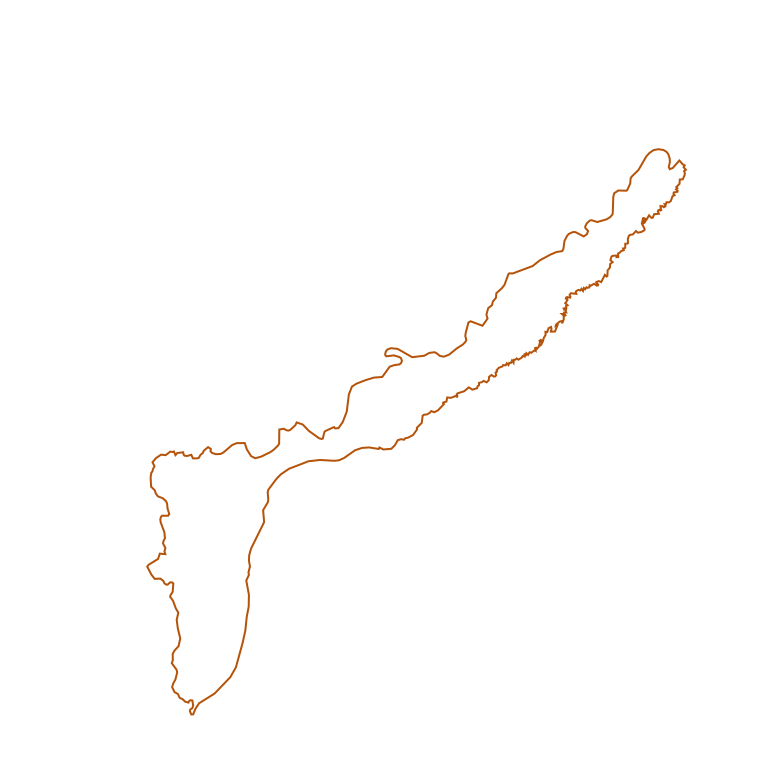 the district of Las Golondrinas, Esmeraldas, Ecuador, rotated 136°
{"feature_id": "8360857B1829680752404", "entity_name": "Las Golondrinas", "entity_type": "district", "adm_level": 2, "iso_a3": "ECU", "parent_name": "Ecuador", "parent_adm1": "Esmeraldas", "projection": "albers", "projection_center": [-79.126, 0.309], "detail": "fine", "context": "isolated", "style": "outline", "palette": "amber", "viewbox_px": 768, "rotation_deg": 136, "n_neighbors": 0, "source": "geoboundaries", "source_scale": "gbopen_adm2", "svg_char_len": 6092}
<svg xmlns="http://www.w3.org/2000/svg" viewBox="0 0 768 768"><g transform="rotate(136 384 384)"><path d="M613.0,481.8L616.5,479.2L622.9,471.9L622.7,466.8L624.2,463.8L624.7,460.3L622.5,455.5L622.2,451.2L623.0,448.8L626.2,444.8L628.8,439.6L630.8,439.2L635.1,443.4L636.5,443.4L638.9,442.1L640.7,439.7L645.0,429.9L648.7,425.2L651.6,424.3L653.7,422.8L655.2,417.8L658.1,416.2L659.5,413.5L663.1,417.7L668.1,415.1L678.9,417.5L681.2,417.1L683.7,408.6L684.3,403.1L680.1,399.4L679.5,395.8L680.4,393.1L680.0,390.9L679.0,390.0L675.7,389.9L674.2,388.3L674.1,386.9L680.4,381.3L684.5,380.3L685.7,379.4L686.3,374.7L689.7,367.0L690.8,362.4L697.0,358.3L702.3,351.1L707.3,342.5L713.9,338.1L719.8,337.8L723.5,336.6L727.8,332.0L730.6,330.6L731.7,322.6L733.1,320.2L739.4,316.3L743.9,314.9L747.0,313.1L748.7,307.9L747.6,304.2L749.0,300.2L747.8,297.2L747.7,293.6L746.0,290.7L745.0,291.3L742.9,291.0L741.7,289.4L744.7,285.2L747.1,284.0L749.5,284.4L750.8,283.7L752.2,280.2L750.7,278.9L745.4,281.3L738.8,282.8L720.8,279.0L698.1,279.9L687.3,283.1L666.0,295.7L655.1,302.9L644.3,312.0L636.0,317.8L627.6,326.2L619.6,338.3L613.8,340.5L612.4,342.6L607.1,345.9L604.0,350.6L600.0,354.4L594.1,357.9L566.2,367.9L558.6,377.2L549.4,379.7L547.1,381.7L542.9,386.9L540.7,388.3L527.8,390.4L521.1,390.7L511.2,389.0L492.0,380.9L482.8,373.8L473.1,363.3L469.4,360.4L464.1,358.5L450.7,356.4L444.1,353.2L438.7,348.6L432.9,340.9L431.4,341.5L430.0,337.4L423.7,332.3L418.7,332.4L413.1,334.0L410.0,332.4L408.3,330.0L406.4,330.2L404.0,328.7L398.5,327.1L391.7,328.4L390.8,329.7L383.9,329.8L378.1,334.4L376.4,334.0L374.3,332.3L371.0,331.5L368.8,331.7L367.5,328.8L363.5,327.6L354.9,327.9L354.9,329.2L354.2,329.5L351.3,328.0L347.9,330.4L345.5,327.6L340.9,325.6L340.4,324.1L339.5,324.4L338.9,326.0L337.6,326.2L331.4,323.1L325.4,322.7L324.3,318.5L319.9,316.3L318.2,317.4L316.5,317.1L314.9,318.8L312.0,317.2L310.2,317.1L309.0,313.9L306.1,313.9L303.4,316.2L300.4,315.8L299.8,313.0L298.7,312.2L297.3,312.4L295.8,314.7L294.1,314.4L293.4,315.7L290.3,315.9L286.5,314.4L285.2,314.9L283.5,312.9L281.3,313.6L281.3,311.2L279.3,312.2L278.0,311.0L275.6,312.0L276.1,309.3L273.8,311.2L273.0,310.4L270.8,310.2L270.4,308.1L266.5,307.3L264.9,307.8L263.8,306.1L262.4,307.8L261.9,307.5L262.5,306.3L262.1,306.0L260.2,307.2L260.1,304.9L257.2,305.7L256.3,304.1L252.4,303.7L252.0,302.4L250.3,304.9L249.4,304.4L249.7,303.1L246.8,303.3L244.4,304.7L244.6,303.1L243.7,303.0L240.8,304.1L242.5,305.4L242.2,307.0L240.6,306.8L239.8,304.5L237.2,306.1L233.6,307.1L231.6,309.4L230.6,308.0L226.8,309.8L224.2,309.0L225.2,307.3L227.6,305.8L224.6,303.0L218.7,305.6L220.3,306.4L218.8,307.2L214.4,306.9L212.4,305.8L213.2,304.4L212.7,304.2L209.4,305.9L207.8,307.9L205.8,307.3L205.6,308.0L207.3,309.7L207.4,310.8L205.8,309.4L204.8,310.3L203.2,308.8L202.6,310.3L201.0,311.3L202.7,312.2L202.3,313.5L200.0,312.3L198.7,313.7L197.3,313.1L197.5,316.2L193.7,316.9L193.2,317.9L193.9,319.1L192.8,319.7L191.8,319.2L190.2,316.8L189.3,317.2L188.6,319.2L186.6,319.5L183.0,315.3L182.3,316.9L181.3,317.3L178.8,316.7L177.8,314.9L175.8,315.3L176.2,312.7L173.5,314.2L173.4,312.4L171.2,312.9L170.9,311.9L169.3,310.9L167.5,312.2L167.2,311.1L163.3,310.2L162.7,307.2L161.7,306.3L160.9,306.7L160.9,309.5L160.3,309.9L157.9,308.7L157.0,306.4L149.3,309.1L149.3,306.7L148.3,306.5L144.2,310.4L140.5,310.9L138.0,313.2L134.9,312.9L135.1,315.8L132.2,317.5L130.7,317.5L127.7,315.1L127.5,314.6L128.6,313.7L127.4,312.6L124.9,315.3L123.1,314.7L121.0,314.9L118.6,313.7L117.9,315.4L116.6,314.4L115.7,314.6L113.0,317.3L111.4,315.9L110.6,315.9L107.9,318.9L104.9,320.5L103.5,320.4L101.0,318.7L96.5,319.0L96.2,316.4L93.3,314.6L89.8,313.7L88.8,314.5L87.3,319.5L84.1,319.1L82.7,319.6L83.0,320.8L85.7,321.2L82.6,323.3L81.8,322.9L80.8,319.9L76.2,321.2L76.2,317.9L75.3,316.9L71.7,318.5L68.0,315.5L67.1,317.9L66.2,318.4L64.2,317.7L64.6,316.8L63.8,316.5L61.2,320.7L61.5,319.1L60.0,318.4L59.9,316.7L58.0,316.4L57.2,318.4L56.5,317.4L54.5,318.5L52.9,316.7L50.6,316.4L46.1,318.6L43.8,318.0L43.8,319.6L42.5,320.5L39.3,318.4L38.5,319.1L38.7,321.2L36.9,321.1L36.9,322.6L32.4,322.7L29.2,325.6L26.9,323.7L22.6,325.5L21.2,326.6L20.2,328.7L18.0,328.4L17.9,331.8L15.8,332.4L16.5,334.4L16.3,339.6L26.1,338.8L29.2,340.0L28.5,342.2L24.0,345.2L21.6,348.2L19.8,352.0L19.5,354.8L20.4,358.1L23.3,362.1L27.6,365.0L32.6,365.8L37.3,365.5L52.2,361.2L62.0,361.1L63.7,360.6L67.7,357.1L74.4,354.5L75.5,354.8L81.0,360.4L86.0,361.3L89.2,359.2L100.8,348.0L101.8,347.3L105.3,346.9L109.4,347.8L118.1,352.4L120.8,357.5L122.4,358.6L126.6,358.7L129.9,357.5L130.8,356.4L130.9,352.3L134.0,350.8L137.8,351.4L140.8,360.3L142.6,362.1L146.9,363.6L149.3,363.4L154.7,361.6L161.2,356.5L163.5,355.8L168.2,359.1L174.2,361.4L185.9,364.7L195.1,365.6L214.6,374.1L217.1,376.6L218.0,376.7L228.5,371.6L232.9,371.0L240.1,371.3L243.5,368.3L248.4,367.7L251.5,365.7L256.3,366.2L262.1,362.8L264.1,359.1L272.7,357.5L278.1,368.9L280.5,369.6L289.9,363.9L292.2,362.0L294.2,358.5L295.9,357.8L299.9,357.6L306.6,359.0L316.8,359.9L322.1,362.2L324.4,365.6L324.6,368.6L325.4,371.5L326.3,372.3L329.8,374.9L335.3,376.3L345.1,383.7L349.8,399.8L354.1,404.9L357.4,406.4L359.8,406.2L362.0,405.0L363.1,403.8L363.1,402.3L357.0,397.7L354.2,392.7L353.8,391.1L354.4,389.4L355.1,388.1L357.2,387.2L359.3,387.4L363.8,390.6L367.9,392.5L380.4,390.3L386.8,395.6L394.8,399.7L403.7,403.4L408.9,404.4L416.5,400.9L430.0,390.0L440.1,385.3L447.3,383.9L449.5,385.5L450.1,386.4L449.8,387.6L450.7,388.1L458.9,390.9L460.1,390.9L465.9,387.3L467.1,387.8L468.4,390.1L470.6,402.4L470.6,411.3L473.5,417.0L476.6,415.9L483.4,416.1L485.0,416.8L486.2,418.3L487.2,421.5L490.9,424.0L500.8,414.0L502.5,413.4L508.6,413.3L512.9,413.9L522.9,417.1L528.2,420.1L529.7,424.4L528.1,432.2L525.2,438.3L531.1,443.8L535.6,445.6L547.1,446.3L550.2,447.2L553.8,450.4L555.7,454.3L555.4,456.3L553.7,457.5L554.4,460.8L559.9,461.2L562.4,460.2L565.2,460.5L568.8,459.5L571.0,461.1L573.1,463.3L571.8,466.9L575.8,469.1L577.3,471.1L577.3,472.2L575.9,474.4L580.7,478.0L583.4,477.7L582.0,481.4L583.5,482.1L584.7,483.8L590.5,484.5L593.4,488.0L599.7,489.1L604.9,488.5L606.3,484.2L609.5,483.2L611.2,482.0L613.0,481.8Z" fill="none" stroke="#b45309" stroke-width="2"/></g></svg>